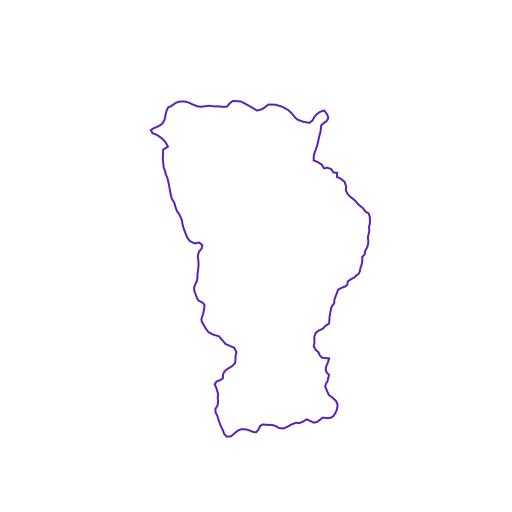 the district of Lins, São Paulo, Brazil, rotated 312°
{"feature_id": "56859067B10725298789827", "entity_name": "Lins", "entity_type": "district", "adm_level": 2, "iso_a3": "BRA", "parent_name": "Brazil", "parent_adm1": "São Paulo", "projection": "natural_earth1", "projection_center": [-49.692, -21.647], "detail": "fine", "context": "isolated", "style": "outline", "palette": "violet", "viewbox_px": 512, "rotation_deg": 312, "n_neighbors": 0, "source": "geoboundaries", "source_scale": "gbopen_adm2", "svg_char_len": 3427}
<svg xmlns="http://www.w3.org/2000/svg" viewBox="0 0 512 512"><g transform="rotate(312 256 256)"><path d="M409.8,209.4L407.4,207.9L404.9,206.8L401.6,206.3L398.5,206.3L394.5,207.3L390.7,206.6L387.3,201.2L385.1,195.4L385.1,192.3L386.0,186.9L386.0,182.2L384.5,175.7L381.6,169.4L376.8,163.8L371.8,163.0L369.0,162.2L364.7,159.3L363.9,154.8L361.9,145.8L360.5,140.9L355.6,135.0L351.7,134.3L347.6,134.5L344.4,131.3L342.8,128.8L339.0,124.6L336.7,121.1L333.6,118.3L330.5,115.7L328.2,112.6L326.4,108.0L325.0,103.4L323.5,100.3L321.5,97.7L319.1,95.5L316.1,93.9L310.4,92.6L307.8,91.3L304.1,92.3L300.2,94.4L298.0,95.9L295.6,97.0L292.5,97.7L289.6,97.5L285.6,96.0L281.8,94.2L279.1,93.6L278.0,96.9L279.8,101.6L280.4,106.7L280.3,110.4L279.7,113.7L278.3,117.4L273.0,115.8L270.3,118.0L268.0,119.9L265.2,122.4L262.0,126.0L259.9,128.3L258.2,131.8L256.5,134.0L254.9,137.5L252.7,140.9L250.4,144.0L247.7,147.5L244.7,151.4L242.1,155.3L240.9,159.7L238.7,163.0L236.5,167.1L235.5,171.4L233.4,176.3L230.9,179.6L228.9,182.4L227.2,185.6L225.6,188.6L223.8,192.3L222.8,196.7L224.3,202.0L227.9,204.7L228.2,208.7L225.0,210.7L221.4,210.7L218.3,212.0L216.1,213.7L214.2,216.1L210.5,219.7L206.3,222.7L203.0,224.9L200.8,226.9L197.9,228.8L194.3,229.8L190.8,231.3L188.6,233.8L187.2,236.7L185.4,239.8L184.4,243.3L185.6,247.3L185.2,250.3L182.8,252.3L179.5,254.4L176.3,256.0L172.3,257.8L170.6,260.2L169.8,263.2L168.8,266.0L167.6,271.4L168.7,276.2L170.1,279.3L171.5,282.1L171.0,286.7L170.2,292.2L171.7,296.8L173.2,301.1L171.6,305.7L168.3,307.5L165.2,310.1L162.4,312.2L158.0,311.9L153.8,310.6L151.1,310.0L148.2,310.0L145.6,311.0L142.9,313.3L140.0,312.6L136.5,310.7L133.0,311.1L131.4,314.8L129.9,317.2L128.1,320.2L125.2,322.3L122.5,325.1L119.3,327.4L115.3,328.1L112.7,330.6L111.3,334.3L109.3,337.6L107.7,340.3L105.8,344.2L104.1,348.6L102.5,351.2L102.2,355.3L105.4,358.1L110.0,358.7L114.5,359.4L117.9,361.3L120.8,365.2L122.1,368.2L123.3,371.5L125.0,374.1L128.8,374.0L132.4,372.8L135.4,373.8L137.8,377.1L141.2,381.0L142.9,384.7L143.4,388.1L146.4,392.0L151.0,393.9L154.8,395.2L159.0,397.4L160.6,399.9L164.3,401.8L168.5,402.9L169.4,405.7L170.8,410.5L173.5,412.4L176.4,413.0L180.5,413.7L183.2,417.4L185.8,419.8L188.9,420.7L192.4,420.0L195.3,419.2L198.3,417.5L200.4,415.7L201.8,412.4L201.9,408.2L201.5,403.0L203.7,398.1L205.5,394.6L208.1,393.4L211.1,392.8L213.6,391.3L216.5,389.9L216.8,386.0L219.1,383.0L221.8,381.7L225.0,380.7L228.8,378.9L224.6,373.1L224.9,369.6L226.2,366.9L226.2,363.2L227.6,359.2L230.4,357.6L232.7,355.6L234.8,353.5L238.8,351.8L242.5,352.5L246.5,354.3L251.0,354.4L254.8,355.5L257.1,353.7L260.2,351.2L264.5,348.6L267.6,346.6L270.3,345.9L273.2,345.8L275.8,343.6L279.7,342.0L282.8,340.8L285.9,339.6L289.2,340.7L293.0,342.7L295.8,343.0L298.4,341.2L302.5,342.2L305.9,343.5L308.8,343.5L311.3,344.2L313.9,343.5L316.9,341.7L321.0,339.9L323.9,337.9L326.2,335.7L330.0,335.6L332.4,333.9L337.1,332.7L340.3,331.1L342.4,329.3L344.4,326.9L347.8,324.9L350.8,323.2L352.9,320.7L356.4,318.9L359.0,316.5L361.2,314.4L363.1,311.1L362.2,307.6L363.1,303.4L362.8,298.0L363.5,292.2L363.1,286.3L363.4,282.4L364.9,278.8L367.7,276.8L370.4,272.2L370.2,267.5L368.9,263.2L372.1,260.7L369.9,257.7L370.9,253.6L369.3,249.8L366.7,248.1L367.9,243.6L367.0,238.5L365.6,234.9L367.7,233.1L370.0,231.3L377.1,228.4L381.0,226.5L384.8,224.3L388.9,222.1L391.6,220.7L393.8,219.2L396.9,217.0L400.4,217.4L403.2,218.2L406.9,217.5L408.7,214.5L409.8,209.4Z" fill="none" stroke="#5b21b6" stroke-width="2"/></g></svg>